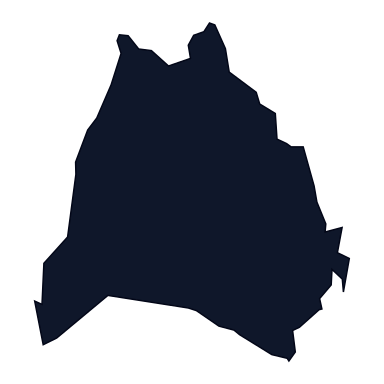 Davidson, Tennessee, United States of America (Equal Earth projection)
{"feature_id": "52423323B37401868728279", "entity_name": "Davidson", "entity_type": "district", "adm_level": 2, "iso_a3": "USA", "parent_name": "United States of America", "parent_adm1": "Tennessee", "projection": "equal_earth", "projection_center": [-86.739, 36.187], "detail": "fine", "context": "isolated", "style": "filled", "palette": "ink", "viewbox_px": 384, "rotation_deg": 0, "n_neighbors": 0, "source": "geoboundaries", "source_scale": "gbopen_adm2", "svg_char_len": 825}
<svg xmlns="http://www.w3.org/2000/svg" viewBox="0 0 384 384"><path d="M288.9,361.0L295.3,352.0L292.6,330.5L299.5,327.2L319.1,309.7L321.9,309.0L319.6,298.6L331.2,284.9L332.0,269.4L342.3,279.1L343.4,292.0L349.3,258.5L337.4,252.7L342.1,227.5L325.1,232.0L325.8,223.9L316.9,202.1L314.1,186.0L303.2,146.9L291.1,146.9L286.6,143.6L277.0,139.1L275.3,113.5L259.7,104.0L256.2,92.3L229.2,72.1L225.4,48.6L214.8,24.9L209.5,23.0L203.9,31.7L193.7,35.3L188.3,45.2L190.5,58.4L168.5,66.0L151.4,50.6L138.7,49.0L128.1,35.7L119.4,34.8L117.1,40.7L121.1,53.4L111.1,84.9L96.8,118.0L87.7,130.0L75.6,162.1L75.9,174.3L67.6,237.0L43.9,263.3L42.0,304.4L34.7,301.1L43.2,344.7L56.7,338.0L107.9,295.4L188.4,308.0L196.4,310.6L218.9,326.1L234.0,330.1L239.6,334.7L271.8,354.6L287.2,358.3L288.9,361.0Z" fill="#0f172a" stroke="#020617" stroke-width="1.5"/></svg>